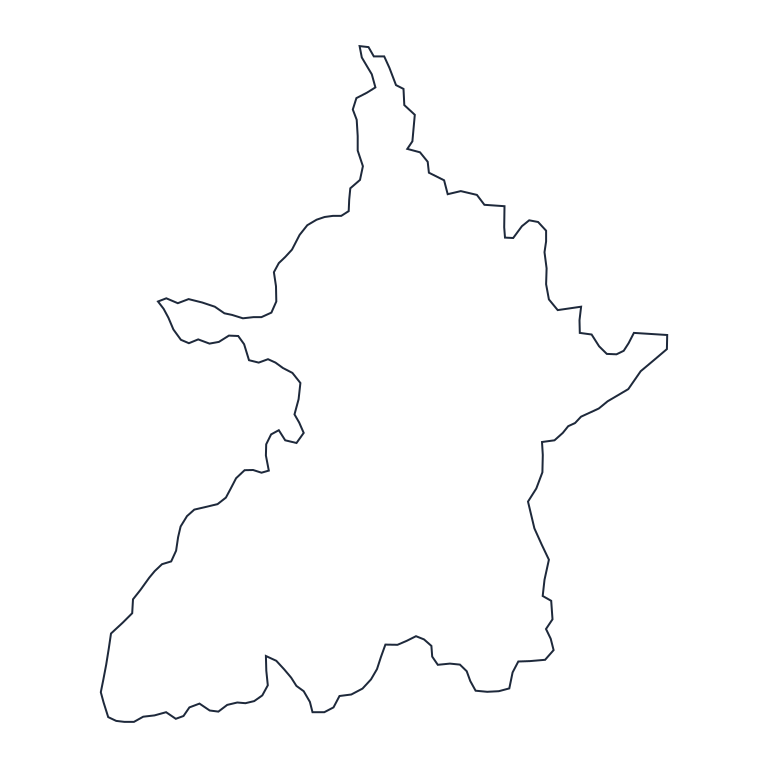 the district of Cuparaque, Minas Gerais, Brazil
{"feature_id": "56859067B86280863594268", "entity_name": "Cuparaque", "entity_type": "district", "adm_level": 2, "iso_a3": "BRA", "parent_name": "Brazil", "parent_adm1": "Minas Gerais", "projection": "equal_earth", "projection_center": [-41.139, -18.989], "detail": "fine", "context": "isolated", "style": "outline", "palette": "slate", "viewbox_px": 768, "rotation_deg": 0, "n_neighbors": 0, "source": "geoboundaries", "source_scale": "gbopen_adm2", "svg_char_len": 2778}
<svg xmlns="http://www.w3.org/2000/svg" viewBox="0 0 768 768"><path d="M158.0,301.5L163.6,308.8L168.4,317.7L173.4,329.5L180.9,339.8L188.9,343.2L198.2,339.4L209.5,343.6L218.9,341.9L228.9,335.6L238.2,336.0L244.1,344.2L249.0,360.2L258.7,362.6L268.0,359.2L275.5,362.6L282.9,368.0L292.4,372.9L300.4,383.0L298.6,399.2L294.5,414.4L299.2,422.6L303.7,432.9L296.5,443.0L285.2,440.3L278.8,430.2L271.1,434.4L266.2,444.3L265.9,455.5L268.8,470.6L261.5,472.7L253.1,470.0L244.6,470.2L236.1,478.2L230.5,489.0L225.9,497.6L217.6,504.1L204.3,507.3L194.3,509.6L187.0,516.1L180.6,526.5L178.1,537.2L176.1,550.7L171.2,561.4L162.0,564.2L154.7,571.1L149.3,577.6L140.3,590.1L133.0,599.3L132.2,613.2L122.9,622.5L111.0,633.5L108.8,648.4L106.2,664.6L103.3,679.8L100.8,692.2L103.6,702.5L108.2,717.1L116.2,720.9L124.7,721.9L133.9,721.9L143.2,716.7L154.5,715.4L166.1,712.2L175.8,718.8L183.5,716.0L189.4,707.4L199.5,703.6L209.7,710.5L218.4,711.6L227.2,704.9L237.3,702.5L245.4,703.2L254.2,701.1L262.3,695.4L267.8,685.3L266.3,670.7L265.9,656.0L276.3,660.8L284.3,669.5L291.2,677.7L296.4,685.9L303.7,691.2L309.9,701.9L312.5,712.2L324.3,712.2L333.5,707.4L339.5,696.0L351.3,694.5L362.5,688.6L371.0,679.4L377.0,669.1L380.9,657.1L385.4,644.6L397.5,644.8L406.8,640.8L416.0,636.2L424.0,639.4L431.4,645.9L432.2,656.6L437.8,664.8L449.9,663.6L459.9,664.6L466.7,671.2L470.3,681.1L475.6,690.7L487.2,691.8L498.8,691.2L509.3,688.4L512.6,672.4L518.3,661.5L529.9,661.1L545.1,659.8L553.6,650.1L550.7,638.7L546.0,629.0L552.5,619.3L551.2,600.8L542.7,596.0L544.5,579.8L548.9,559.7L541.7,544.6L534.4,528.4L528.0,501.6L536.3,488.5L542.4,472.3L542.8,455.0L542.0,442.0L554.5,440.3L562.8,432.9L568.2,426.2L575.1,423.0L581.0,416.7L598.8,408.5L607.6,401.3L628.3,389.1L640.7,371.2L654.3,359.8L666.9,349.1L667.2,335.0L633.9,332.9L628.6,343.2L623.7,350.8L616.5,354.3L606.8,353.9L599.1,346.3L591.6,334.5L579.8,332.9L579.5,320.2L581.1,306.7L557.7,310.1L548.9,299.4L546.1,284.2L546.6,268.4L544.5,252.2L546.1,241.4L546.1,230.7L538.1,222.0L529.2,220.3L521.9,226.2L513.2,238.0L505.0,237.6L504.2,227.3L504.5,206.2L484.4,204.8L476.9,194.9L460.8,191.1L447.7,194.2L444.1,180.3L428.9,172.7L427.7,161.8L420.0,152.3L407.3,148.9L412.4,141.3L414.8,114.8L404.3,105.1L403.5,88.9L396.0,85.1L389.4,67.8L384.2,56.4L373.8,56.4L368.5,47.1L359.6,46.1L361.8,57.5L366.9,66.1L371.8,74.3L375.4,87.4L366.9,92.7L356.4,98.1L352.8,109.5L356.7,119.8L357.7,136.1L357.7,150.6L362.9,166.2L360.0,179.9L350.3,188.3L349.2,199.7L348.7,211.1L341.2,215.9L332.7,215.9L324.6,217.0L316.6,219.7L307.3,225.2L299.6,234.9L292.0,249.6L285.2,257.0L278.8,263.1L273.9,272.2L276.0,286.3L276.3,301.5L271.4,312.6L261.5,317.1L253.8,317.1L242.9,318.3L232.0,314.9L224.4,313.3L214.8,306.7L202.2,302.5L188.6,299.1L177.8,303.2L166.3,298.3L158.0,301.5Z" fill="none" stroke="#1e293b" stroke-width="2"/></svg>